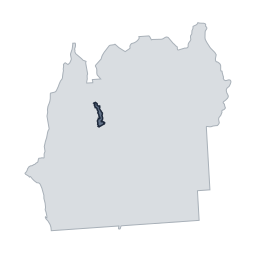 Al Gitaina, White Nile, Sudan shown in context, rotated 176°
{"feature_id": "16777658B71030870448904", "entity_name": "Al Gitaina", "entity_type": "district", "adm_level": 2, "iso_a3": "SDN", "parent_name": "Sudan", "parent_adm1": "White Nile", "projection": "natural_earth1", "projection_center": [32.426, 14.401], "detail": "fine", "context": "in_parent", "style": "filled", "palette": "slate", "viewbox_px": 256, "rotation_deg": 176, "n_neighbors": 0, "source": "geoboundaries", "source_scale": "gbopen_adm2", "svg_char_len": 5781}
<svg xmlns="http://www.w3.org/2000/svg" viewBox="0 0 256 256"><g transform="rotate(176 128 128)"><path d="M177.2,216.4L174.9,216.4L174.6,215.8L174.6,214.0L174.9,212.6L175.8,210.5L175.5,209.3L175.7,207.7L175.0,205.8L169.4,200.3L168.2,198.8L165.2,197.4L165.7,195.9L164.5,184.7L165.1,183.4L165.2,181.5L165.2,179.8L166.0,176.9L166.0,175.7L160.0,175.6L159.9,176.9L160.2,178.2L160.2,178.8L151.8,178.8L155.1,183.2L155.3,185.1L155.1,187.5L155.1,189.0L155.3,190.0L156.2,192.0L156.2,192.4L156.0,192.8L150.0,198.7L149.0,201.4L148.2,202.8L146.5,205.2L141.0,211.4L140.1,211.8L135.9,212.1L135.5,212.2L135.2,212.5L135.0,212.4L131.5,208.8L125.5,204.4L121.5,206.7L120.4,207.5L120.4,209.6L119.8,210.7L118.8,211.9L115.8,212.6L114.3,213.3L112.5,214.5L110.7,216.5L110.6,217.5L110.8,218.4L100.7,218.4L100.0,217.6L98.5,214.3L97.5,214.6L88.3,214.2L87.0,214.5L84.3,215.9L83.0,216.1L81.6,215.5L76.8,209.0L75.8,208.2L74.7,206.6L73.7,206.0L73.3,205.5L73.2,204.8L73.3,203.4L72.9,202.5L72.2,202.3L65.6,203.8L64.7,203.6L63.3,203.9L62.9,204.1L62.3,205.0L62.2,206.8L62.0,207.6L61.5,208.6L59.7,210.8L59.2,211.8L59.3,214.2L59.2,215.4L58.9,216.0L58.1,216.9L57.8,217.5L57.4,220.6L56.4,222.5L56.2,223.1L56.1,224.5L55.9,224.9L53.0,226.0L51.9,226.7L51.2,227.7L51.0,228.2L49.8,227.8L48.2,227.5L45.1,227.2L43.9,226.7L43.3,226.0L43.5,224.1L43.2,223.7L42.7,223.3L42.4,222.5L42.5,221.5L44.1,219.4L44.4,218.2L44.9,212.7L44.8,211.1L43.5,208.0L40.6,202.7L39.9,201.7L36.2,197.4L35.8,196.7L34.9,194.9L36.0,190.9L36.0,189.7L35.8,188.6L34.9,187.7L34.0,187.6L32.9,186.6L32.2,186.1L31.6,185.1L31.2,183.8L31.5,179.1L31.3,178.4L30.4,178.3L30.2,177.9L30.2,177.0L29.7,174.3L29.2,172.1L29.5,170.8L28.7,169.1L27.2,168.4L24.3,169.0L23.4,168.9L22.7,168.6L22.3,168.0L22.1,167.2L22.3,166.1L23.2,164.1L24.2,162.5L26.4,160.9L26.9,160.1L27.3,159.3L27.3,158.2L27.2,157.2L27.0,156.2L26.4,154.9L25.8,153.3L25.8,152.3L26.1,151.6L26.7,150.7L28.8,148.9L31.0,147.5L31.3,146.9L31.2,146.3L30.2,145.1L29.9,142.8L29.4,141.2L30.5,140.0L31.3,139.5L32.6,139.2L33.1,138.7L33.3,137.7L33.2,136.7L33.7,136.1L34.3,134.6L34.8,133.9L36.5,132.1L36.9,131.0L37.0,129.9L36.6,126.7L37.5,125.3L38.7,124.2L40.5,124.2L43.2,124.0L45.0,123.5L46.4,123.5L49.3,124.1L49.7,123.9L49.8,123.0L50.6,60.6L62.9,60.6L63.1,60.5L63.5,30.9L141.1,30.9L141.7,30.8L142.9,28.0L143.5,27.8L144.3,28.0L144.5,28.6L143.9,30.9L211.7,30.9L211.8,34.3L212.4,37.0L214.3,40.8L216.0,42.9L216.6,44.1L216.7,44.6L216.6,45.1L216.1,44.5L215.2,44.1L215.1,45.9L215.6,49.6L216.3,52.2L215.8,54.6L215.9,58.7L216.8,63.6L216.6,66.7L218.1,74.0L219.5,78.0L220.3,79.0L221.1,79.5L222.8,79.8L225.2,81.9L227.1,84.1L227.8,85.2L228.8,86.4L229.4,86.2L229.8,85.9L230.4,86.9L233.5,89.1L233.9,90.1L232.8,91.0L231.6,92.7L231.0,94.3L230.7,94.8L229.7,95.8L229.5,96.3L229.1,96.6L228.6,96.6L227.6,97.1L226.6,97.0L225.7,97.3L225.3,97.7L224.6,98.0L223.6,98.2L222.0,99.5L220.6,100.1L220.2,100.7L219.5,103.3L219.0,104.0L216.9,104.1L215.9,104.3L214.6,104.0L213.9,104.1L213.7,104.6L213.5,106.9L213.5,107.9L212.4,110.5L212.8,115.4L211.7,119.0L211.5,119.8L210.4,122.7L209.9,123.8L208.5,129.2L207.9,130.8L206.7,132.6L208.0,145.5L207.0,149.5L207.1,151.7L206.4,154.9L205.8,156.3L204.9,158.1L204.1,160.1L203.5,162.7L203.1,167.7L202.8,168.2L199.2,168.8L198.1,169.1L197.3,169.7L196.4,171.0L194.5,174.5L193.6,176.6L192.1,179.5L190.3,181.6L189.9,182.6L189.6,184.5L189.0,187.5L188.4,189.6L188.5,191.3L187.9,194.2L188.0,195.7L187.4,196.5L186.6,197.2L186.0,197.4L183.5,195.5L181.7,196.8L180.6,198.7L179.7,200.7L180.2,204.7L180.2,205.6L179.9,206.6L178.2,210.6L177.8,212.5L177.2,215.7L177.2,216.4Z" fill="#d9dde1" stroke="#a8b0b8" stroke-width="1"/><path d="M157.0,154.1L157.5,154.8L158.1,155.3L158.7,155.7L158.8,155.4L159.4,155.5L160.3,155.3L160.4,155.2L160.2,155.1L160.2,154.9L160.0,154.7L159.9,154.4L159.9,154.1L159.6,154.0L159.4,153.8L159.6,153.5L159.9,153.1L159.9,152.9L159.7,152.8L159.8,152.6L159.5,151.9L159.4,151.7L159.4,151.4L159.3,150.7L158.9,150.7L158.8,150.8L158.5,150.6L158.6,150.4L158.4,150.3L158.2,150.4L157.9,150.1L157.7,149.8L157.5,149.3L157.6,149.2L157.6,148.9L157.3,148.0L157.2,148.0L157.2,147.9L157.1,147.7L157.1,147.4L156.9,147.1L156.6,146.8L156.5,146.4L156.6,146.1L156.7,145.9L156.8,145.7L157.0,145.5L157.1,145.2L156.9,145.0L156.8,144.9L156.7,144.5L156.6,144.3L156.4,143.8L156.3,143.6L156.2,143.2L156.2,142.7L156.1,142.4L156.1,142.0L156.1,141.6L155.9,141.4L155.7,141.0L155.4,140.8L155.4,140.7L155.3,140.3L155.3,140.0L155.3,139.7L155.5,139.6L155.7,139.4L155.8,139.4L156.0,139.3L156.4,139.3L156.6,139.3L156.8,139.5L156.6,139.8L156.8,139.8L156.8,139.7L156.9,139.4L157.0,139.2L157.1,138.9L157.2,138.7L157.4,138.4L157.6,138.1L157.7,137.9L157.9,137.6L157.9,137.2L158.0,137.1L158.0,136.8L158.0,136.6L157.9,136.1L157.8,135.8L157.8,135.3L157.8,134.8L157.7,134.8L157.7,134.7L157.8,134.6L157.9,134.1L158.0,134.0L158.0,133.6L157.9,133.4L157.6,133.1L157.4,132.8L157.4,132.4L157.5,132.3L157.6,132.0L157.6,131.8L157.7,131.7L157.3,131.4L157.0,131.2L156.8,131.2L156.8,131.3L156.7,131.2L156.5,131.3L156.4,131.4L156.5,131.5L156.4,131.6L156.4,131.8L155.7,131.8L155.4,131.8L155.1,132.0L154.7,132.2L154.5,132.3L154.4,132.3L154.2,132.4L154.1,132.5L152.2,133.4L151.8,133.6L151.6,133.7L151.5,133.8L151.4,133.8L151.4,134.1L151.8,134.2L151.8,134.7L151.5,134.8L151.5,135.0L151.4,135.0L151.1,135.0L151.4,135.4L151.7,135.6L152.0,135.8L152.8,136.0L153.5,136.0L154.2,136.2L154.2,136.9L154.0,137.3L153.4,137.4L153.0,137.8L153.0,138.2L152.8,138.5L152.9,138.9L152.5,139.7L152.7,140.2L152.9,140.8L152.8,141.6L153.2,142.2L152.9,142.9L152.7,143.4L152.5,143.9L152.5,144.0L152.7,144.4L152.7,144.7L152.6,144.9L153.2,145.7L153.4,145.9L153.7,146.8L155.0,148.9L155.1,149.5L154.9,150.0L154.7,150.5L154.7,151.3L154.7,151.9L155.0,152.0L155.5,151.6L155.7,152.0L156.0,152.0L156.6,152.3L157.1,152.7L157.2,153.4L157.0,154.1Z" fill="#64748b" stroke="#1e293b" stroke-width="1.5"/></g></svg>